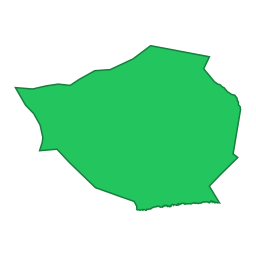 the district of Cagaan-Ovoo, Dornod, Mongolia
{"feature_id": "93677404B5837746679690", "entity_name": "Cagaan-Ovoo", "entity_type": "district", "adm_level": 2, "iso_a3": "MNG", "parent_name": "Mongolia", "parent_adm1": "Dornod", "projection": "natural_earth1", "projection_center": [113.488, 48.428], "detail": "fine", "context": "isolated", "style": "filled", "palette": "green", "viewbox_px": 256, "rotation_deg": 0, "n_neighbors": 0, "source": "geoboundaries", "source_scale": "gbopen_adm2", "svg_char_len": 5156}
<svg xmlns="http://www.w3.org/2000/svg" viewBox="0 0 256 256"><path d="M15.4,87.6L25.5,105.1L33.8,113.7L40.1,125.0L42.8,137.3L42.3,142.1L39.6,150.7L57.0,149.2L69.7,162.8L95.5,187.7L120.4,196.6L134.1,201.4L136.7,206.1L136.9,209.7L137.5,209.8L138.6,209.9L138.9,209.9L139.1,210.0L139.4,210.1L139.5,210.0L139.6,209.9L139.8,209.9L140.0,210.0L140.5,210.1L140.8,210.0L141.1,209.8L141.4,209.7L141.7,209.7L142.1,209.8L142.4,210.0L142.7,210.3L142.8,210.3L142.8,210.0L142.9,209.8L143.1,209.6L143.3,209.5L143.7,209.5L144.1,209.5L144.5,209.6L145.0,209.8L145.4,210.2L145.6,210.3L145.8,210.3L146.0,210.3L146.3,210.2L146.5,209.9L146.6,209.7L146.7,209.4L147.0,209.6L147.8,209.4L148.2,209.4L148.4,209.4L148.8,209.1L149.1,209.2L149.4,209.1L149.7,208.9L149.8,208.9L150.1,208.9L150.4,209.0L150.6,209.0L150.9,208.9L151.1,208.7L151.3,208.4L151.6,208.2L151.8,208.1L152.0,207.9L152.4,207.7L152.5,207.6L153.2,207.5L153.6,207.3L153.7,207.2L154.1,206.9L154.3,206.9L154.8,207.0L155.1,207.0L155.4,206.8L155.7,206.9L155.8,206.9L156.0,206.9L156.3,206.7L156.5,206.4L156.8,206.3L157.4,206.3L157.9,206.5L158.2,206.5L158.4,206.5L158.7,206.4L158.8,206.3L159.1,206.2L159.4,206.4L159.6,206.6L159.8,206.8L160.2,207.1L160.4,207.2L160.7,207.2L160.8,207.1L161.1,207.0L161.7,207.0L161.9,207.0L162.0,207.1L162.4,207.1L162.6,207.1L162.7,206.9L162.7,206.4L162.8,206.2L163.0,206.1L163.5,206.3L163.8,206.4L164.0,206.4L164.1,205.9L164.2,205.6L164.3,205.5L164.5,205.3L164.8,205.3L165.0,205.4L165.5,205.7L165.8,205.9L166.0,205.8L166.1,205.6L166.2,205.4L166.4,205.4L166.6,205.4L166.8,205.4L167.0,205.4L167.0,205.5L167.1,205.9L167.1,206.1L167.2,206.3L167.5,206.5L167.8,206.6L168.0,206.5L168.1,206.4L168.2,206.2L168.3,206.1L168.6,206.0L168.8,206.0L169.0,206.2L169.1,206.5L169.4,206.7L169.5,206.7L169.6,206.2L169.8,206.2L169.9,206.3L170.0,206.4L170.2,206.5L170.3,206.6L170.7,206.5L170.9,206.5L171.1,206.3L171.1,206.2L171.0,205.6L171.0,205.4L171.3,205.0L171.7,204.8L171.9,204.6L172.1,204.5L172.3,204.5L172.6,204.5L172.9,204.5L173.1,204.6L173.3,204.9L173.4,205.3L173.5,205.2L173.7,204.8L174.0,204.7L174.3,204.6L174.5,204.7L174.9,204.8L175.2,204.9L175.4,205.0L176.1,205.0L176.3,205.0L176.6,205.3L176.9,205.3L177.0,205.2L177.1,204.6L177.2,204.4L177.4,204.4L177.5,204.5L177.7,204.9L177.8,205.0L178.1,205.1L178.3,205.1L178.5,204.8L178.6,204.7L178.5,204.3L178.3,203.9L178.3,203.7L178.5,203.7L178.6,203.9L178.7,204.1L178.9,204.2L179.3,204.5L179.8,204.6L180.0,204.5L180.3,204.2L180.3,203.9L180.4,203.7L180.9,203.9L181.2,203.9L181.5,203.7L182.0,203.3L182.6,203.2L182.8,203.2L183.0,203.3L183.5,203.6L183.8,203.6L184.4,203.3L184.5,203.3L184.8,203.5L185.0,203.6L185.0,203.8L184.9,204.1L185.0,204.3L185.4,204.2L185.7,204.0L186.0,203.9L186.7,203.8L187.0,203.9L187.4,203.8L187.8,203.7L188.0,203.8L188.3,203.9L188.6,203.8L188.7,203.7L189.3,203.7L189.7,203.7L190.4,203.8L190.8,203.9L191.1,203.9L191.5,203.8L191.7,203.7L191.8,203.5L191.9,203.4L192.4,203.4L192.6,203.3L192.9,203.1L193.0,203.0L193.2,202.9L193.9,202.9L194.3,202.9L194.5,203.1L194.7,203.3L194.9,203.4L195.3,203.4L195.9,203.0L196.1,203.0L196.5,203.2L197.1,203.3L197.6,203.4L198.2,203.5L198.6,203.4L199.9,203.2L200.2,203.1L200.9,203.1L201.0,203.0L201.3,202.9L201.6,202.8L201.7,202.7L202.1,202.6L202.7,202.3L202.9,202.2L203.1,201.9L203.3,201.8L203.5,201.8L204.0,202.0L204.4,202.1L204.6,202.1L204.8,202.0L205.0,202.0L205.4,202.0L205.6,202.0L206.2,201.8L206.8,201.7L207.1,201.8L207.5,202.1L208.1,202.2L208.3,202.2L208.4,202.3L208.6,202.4L208.8,202.6L209.0,202.8L209.2,202.7L209.5,202.7L210.0,202.3L210.1,202.2L210.3,201.8L210.3,201.6L210.5,201.2L210.9,201.0L211.3,201.0L211.6,201.5L211.7,201.8L211.8,201.9L212.0,201.8L212.3,201.6L212.6,201.3L212.7,201.2L213.0,201.3L213.2,201.5L213.3,201.6L213.2,201.8L213.1,202.1L213.1,202.3L213.3,202.2L213.7,202.0L214.2,201.9L214.6,201.9L214.8,201.9L214.9,202.0L215.0,202.2L215.0,202.6L214.9,202.7L214.9,202.8L215.1,202.8L215.3,202.8L215.5,202.7L215.8,202.6L216.2,202.5L216.4,202.5L216.6,202.5L216.9,202.6L217.0,202.7L217.7,202.8L218.1,202.8L218.4,202.6L218.7,202.6L219.4,202.8L209.3,186.1L221.2,173.8L237.8,157.5L233.1,153.9L240.5,109.8L240.6,109.4L240.3,108.6L240.3,108.1L240.3,107.7L240.3,107.2L240.2,107.0L239.9,106.4L239.5,106.0L238.8,105.3L238.6,105.1L238.6,104.7L238.4,104.1L238.3,103.7L238.5,103.0L238.4,102.3L238.3,101.8L238.1,101.3L238.0,101.2L237.7,101.0L237.5,100.8L237.4,100.6L237.3,100.2L237.2,100.0L237.3,99.8L237.2,99.4L237.2,99.1L237.2,98.8L237.1,98.6L236.9,98.1L236.5,97.5L236.2,97.0L235.8,96.5L235.6,96.2L235.2,95.7L234.2,95.0L233.9,94.9L233.6,94.9L233.0,94.8L232.1,94.6L231.1,94.2L230.6,93.8L230.5,93.7L230.3,93.5L229.6,93.1L229.1,92.8L228.9,92.6L228.6,92.4L228.3,92.2L227.9,92.1L227.4,91.8L226.7,90.9L226.5,90.6L226.3,90.4L225.9,90.0L225.3,89.2L225.0,89.0L224.7,88.5L224.2,87.9L224.0,87.7L223.8,87.5L223.5,87.4L223.2,87.4L222.9,87.3L222.6,87.1L222.3,86.8L221.6,86.3L221.1,85.8L220.8,85.3L220.2,84.9L219.8,84.7L219.4,84.5L219.1,84.4L218.3,84.3L217.9,84.2L217.6,84.0L217.1,83.6L216.6,83.3L215.6,82.5L215.0,82.2L214.5,81.9L212.0,78.8L203.7,68.8L209.4,56.8L150.6,45.7L132.9,59.0L110.2,69.6L94.8,70.7L79.1,79.4L70.2,85.4L58.2,84.1L46.6,85.8L32.6,89.0L15.4,87.6Z" fill="#22c55e" stroke="#15803d" stroke-width="1.5"/></svg>